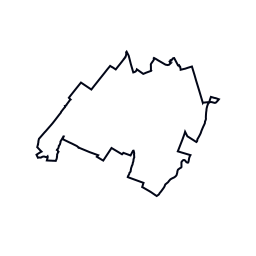 outline of Tortoman, Constanta, Romania, rotated 163°
{"feature_id": "2599482B73045613488071", "entity_name": "Tortoman", "entity_type": "district", "adm_level": 2, "iso_a3": "ROU", "parent_name": "Romania", "parent_adm1": "Constanta", "projection": "natural_earth1", "projection_center": [28.254, 44.36], "detail": "fine", "context": "isolated", "style": "outline", "palette": "ink", "viewbox_px": 256, "rotation_deg": 163, "n_neighbors": 0, "source": "geoboundaries", "source_scale": "gbopen_adm2", "svg_char_len": 5309}
<svg xmlns="http://www.w3.org/2000/svg" viewBox="0 0 256 256"><g transform="rotate(163 128 128)"><path d="M208.6,148.5L210.2,147.5L215.3,144.3L216.3,143.7L217.6,141.5L217.7,141.2L217.7,140.9L218.9,138.7L218.9,138.4L219.1,138.3L220.4,136.2L218.3,132.0L217.8,131.1L217.6,130.7L218.7,130.5L220.5,130.0L223.3,129.2L223.2,128.2L222.8,126.0L222.8,125.9L222.0,125.8L221.7,125.8L221.1,125.6L220.4,125.3L219.8,125.2L218.4,125.5L217.5,125.5L216.5,125.2L215.0,124.2L214.6,124.0L214.3,124.0L213.9,124.1L213.4,124.3L213.2,124.4L213.2,123.9L213.5,123.2L215.1,120.7L213.8,120.2L206.7,117.7L206.6,117.9L205.5,119.1L205.2,119.4L205.1,119.6L204.9,120.1L204.6,120.6L204.3,121.1L204.3,121.5L204.2,121.6L203.9,122.2L203.7,122.8L203.5,123.5L203.4,123.6L203.1,123.9L202.6,124.5L202.1,125.0L201.6,125.4L201.5,125.5L201.4,125.6L201.6,125.9L201.8,126.0L201.7,126.3L201.7,126.5L201.8,126.8L201.9,127.3L202.2,127.6L202.3,127.7L202.4,127.8L202.1,128.1L200.9,128.7L200.7,128.9L200.5,129.1L200.3,129.4L200.1,129.8L199.5,130.6L199.4,131.1L198.6,131.7L198.1,132.0L197.8,132.4L197.5,132.9L197.0,133.6L196.7,134.2L196.6,134.7L196.3,135.0L193.0,138.0L192.6,138.4L192.2,138.8L192.0,138.7L192.7,138.0L192.8,137.6L193.3,137.1L193.8,136.5L188.1,131.2L186.3,129.6L182.5,126.0L182.1,125.6L181.6,124.8L181.3,124.3L181.1,124.2L181.2,123.8L180.8,123.3L180.3,123.2L171.7,116.1L164.5,110.7L166.2,109.6L162.6,105.6L161.2,104.1L155.4,108.9L149.6,113.7L141.4,104.6L140.9,104.8L139.7,105.6L133.6,101.0L133.4,101.2L129.9,104.7L129.6,104.8L129.3,104.7L129.3,104.4L129.3,103.6L129.5,101.9L130.0,100.9L130.0,100.7L130.5,98.6L130.6,98.1L131.3,97.3L131.6,96.8L132.2,95.7L132.3,95.3L132.5,94.8L132.9,94.2L133.3,93.6L133.6,93.3L133.8,92.8L133.9,92.6L134.2,92.0L134.6,91.4L135.0,91.1L135.3,90.8L135.5,90.5L135.5,90.4L136.9,88.5L137.2,87.7L137.7,87.0L137.9,86.2L138.1,85.9L138.5,85.4L139.7,84.7L140.2,83.8L140.7,83.2L142.0,82.0L142.5,81.3L142.6,81.1L129.2,71.0L131.7,67.4L130.9,66.6L125.6,60.9L125.3,60.5L125.2,60.5L121.7,56.1L120.5,54.6L118.5,55.2L118.0,55.4L117.6,55.7L116.6,56.6L115.0,57.6L114.2,58.2L113.0,59.1L111.8,60.0L110.8,60.8L110.2,61.4L109.7,62.0L109.2,62.7L108.7,63.2L108.1,63.4L106.4,64.1L105.6,64.4L105.3,64.6L104.7,65.1L103.6,65.8L102.8,66.3L102.4,66.5L101.6,66.7L100.2,67.0L99.3,67.1L98.1,67.3L96.8,67.8L95.9,68.3L95.3,68.8L95.0,69.2L94.5,70.1L94.0,70.8L93.5,72.0L92.9,72.9L92.6,73.3L92.3,73.6L91.7,73.8L90.3,74.3L88.9,74.6L88.4,74.9L88.2,75.3L87.9,76.3L87.3,78.3L87.0,79.4L86.5,80.1L85.8,80.5L85.1,80.9L84.8,81.1L84.1,81.1L83.7,81.0L83.3,80.7L83.0,80.4L82.8,79.9L82.2,78.4L81.9,78.0L81.6,77.8L81.3,77.5L80.9,77.4L80.5,77.4L80.3,77.7L80.2,77.9L79.7,78.6L79.2,79.6L78.4,81.2L77.7,82.2L77.2,82.9L76.6,83.4L76.2,83.8L87.2,91.1L79.2,101.2L75.6,106.0L74.5,107.7L73.7,103.0L73.6,102.6L73.0,102.0L66.8,94.7L66.7,94.6L66.2,94.9L65.7,95.3L65.4,95.9L65.1,96.6L64.9,97.0L64.3,97.5L62.9,98.8L61.1,100.6L60.0,101.8L58.5,103.9L55.9,107.0L53.9,109.2L53.1,110.1L52.7,111.1L52.4,111.8L51.9,112.3L51.3,113.1L50.8,113.9L50.6,114.9L50.1,116.4L49.4,118.3L48.7,120.1L47.8,122.0L47.7,122.4L47.0,123.9L45.7,126.0L44.4,127.7L43.4,128.4L42.6,128.7L41.9,128.8L41.2,128.6L40.4,128.3L38.0,126.8L37.4,126.6L36.8,126.6L36.3,126.7L33.7,128.2L32.7,128.9L35.4,130.9L36.9,131.7L37.6,132.2L39.6,133.5L41.8,130.5L42.0,130.0L42.2,129.7L42.6,129.1L42.9,129.1L49.0,130.3L49.1,130.2L49.0,142.8L49.0,148.4L49.0,149.6L49.0,152.2L49.0,153.2L48.9,159.1L48.9,161.8L48.9,164.9L48.9,168.1L53.3,168.1L56.0,168.0L57.0,168.1L60.6,168.3L60.5,168.7L60.2,171.5L60.6,171.6L60.9,171.8L61.0,172.2L60.9,173.2L61.5,173.2L61.9,173.3L62.0,173.8L62.0,174.1L63.4,181.4L64.1,181.5L64.8,181.4L65.0,181.2L65.3,181.0L65.5,180.8L65.6,180.6L65.8,180.5L66.0,180.5L66.3,180.5L66.8,180.5L67.0,180.5L67.2,180.4L67.3,180.4L67.3,180.2L67.2,180.0L67.1,179.9L67.1,179.7L67.5,179.7L68.1,179.7L68.3,179.7L68.8,179.5L68.5,177.9L68.0,177.6L70.3,176.5L71.7,176.6L73.6,177.6L78.5,182.9L79.1,183.5L79.6,184.1L81.2,185.9L82.7,187.4L83.0,187.2L83.1,186.4L83.2,186.1L83.3,185.8L83.5,185.6L83.9,185.2L86.5,183.2L87.2,182.6L87.4,182.4L87.5,182.3L87.6,182.1L87.9,180.9L88.7,178.1L89.1,176.9L89.1,176.7L88.9,176.1L89.0,176.0L89.1,175.9L94.5,175.6L96.2,175.4L97.6,175.3L102.4,181.5L103.1,180.5L103.5,180.3L103.9,180.0L104.3,179.8L104.8,179.7L105.6,179.6L106.7,179.6L106.6,188.4L106.4,192.3L106.3,194.5L106.2,197.0L107.0,201.4L107.3,201.2L107.5,201.1L107.6,200.9L107.8,200.6L107.8,200.3L107.9,199.8L107.9,199.6L107.9,199.4L108.0,199.2L108.4,198.6L108.5,198.4L108.8,197.9L109.0,197.5L109.3,197.1L109.5,196.8L109.9,196.4L110.0,196.4L110.1,196.5L110.3,196.3L110.4,196.2L111.4,195.5L111.3,195.4L111.6,195.2L111.8,195.1L112.0,194.9L112.5,194.6L112.8,194.4L113.1,194.2L113.8,193.7L114.1,193.5L114.3,193.3L115.1,192.8L116.5,191.8L119.6,189.7L122.6,187.6L123.5,188.7L124.9,190.4L125.1,190.7L125.5,190.9L125.6,191.1L125.9,191.4L126.4,192.0L126.9,192.6L127.2,192.4L130.7,190.1L134.7,187.3L141.0,183.0L145.2,180.1L148.4,177.9L151.8,175.5L159.7,185.2L160.0,185.0L165.3,181.4L173.6,175.7L175.0,174.7L175.7,174.2L174.7,172.1L174.8,172.1L180.6,167.8L180.6,167.6L181.4,167.5L181.9,167.5L181.9,167.2L182.1,166.4L182.3,166.3L182.7,166.1L183.4,165.7L184.4,165.0L187.2,163.0L187.4,162.9L187.5,162.8L187.6,162.4L188.6,161.7L189.8,160.9L195.4,156.9L197.7,155.3L199.0,154.4L208.3,148.6L208.5,148.5L208.6,148.5Z" fill="none" stroke="#020617" stroke-width="2"/></g></svg>